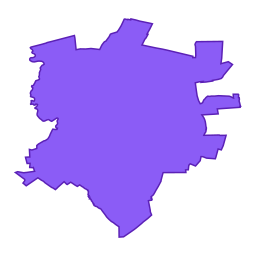 the district of Rēzekne, Rezekne, Latvia
{"feature_id": "27541924B24417466951729", "entity_name": "Rēzekne", "entity_type": "district", "adm_level": 2, "iso_a3": "LVA", "parent_name": "Latvia", "parent_adm1": "Rezekne", "projection": "equal_earth", "projection_center": [27.335, 56.508], "detail": "fine", "context": "isolated", "style": "filled", "palette": "violet", "viewbox_px": 256, "rotation_deg": 0, "n_neighbors": 0, "source": "geoboundaries", "source_scale": "gbopen_adm2", "svg_char_len": 5481}
<svg xmlns="http://www.w3.org/2000/svg" viewBox="0 0 256 256"><path d="M119.1,237.1L123.6,236.8L133.9,229.7L135.9,228.2L141.7,223.4L143.3,221.9L147.6,218.6L151.6,215.0L150.4,212.0L150.2,210.1L148.4,200.7L149.2,200.5L151.7,200.2L152.1,199.2L151.7,199.0L151.1,198.2L151.6,197.8L151.1,196.8L153.4,194.8L155.1,191.9L155.7,190.7L158.3,186.3L159.8,183.5L161.0,181.2L161.1,180.2L161.5,178.6L162.9,173.3L163.2,172.6L185.9,172.5L185.6,169.9L186.9,169.8L188.3,169.8L188.8,165.2L189.1,165.0L190.2,163.8L195.5,166.0L200.2,160.7L201.0,156.6L202.9,156.7L206.5,158.1L215.3,158.8L215.9,157.1L218.1,149.0L221.3,149.9L223.2,145.7L226.1,135.3L219.8,135.4L219.6,135.1L218.8,135.0L210.9,135.2L203.9,135.3L204.8,133.2L205.2,132.8L205.4,132.7L205.8,131.7L206.1,130.6L205.9,130.2L205.9,129.2L206.3,129.2L206.4,127.8L206.0,127.0L206.0,126.4L205.8,125.6L205.7,124.3L205.3,121.8L204.8,120.0L204.4,119.0L203.7,117.5L203.2,116.8L201.9,114.9L213.8,114.2L218.2,113.9L217.3,108.9L240.1,107.3L239.9,106.4L240.6,106.3L240.1,104.9L239.7,103.1L239.1,101.0L239.2,100.1L239.3,100.0L239.4,99.2L239.2,97.7L238.5,97.6L238.6,95.0L238.6,94.6L238.2,94.2L233.2,94.2L233.4,97.5L233.5,98.0L232.4,97.6L231.0,96.8L229.3,96.2L218.6,95.7L214.5,96.1L212.7,96.1L211.0,96.1L210.0,96.4L207.6,96.2L205.9,97.6L205.0,98.8L203.9,99.8L203.2,101.2L202.7,102.5L202.1,103.0L201.2,103.5L200.2,103.7L198.6,100.7L197.1,95.7L196.3,90.2L195.3,82.8L199.3,81.8L202.5,81.5L201.7,82.3L206.1,82.0L212.7,81.0L212.5,80.4L218.1,79.4L221.2,78.5L222.5,77.3L223.5,75.4L232.5,64.5L228.3,61.7L220.9,63.7L221.7,58.3L222.7,41.4L196.5,41.7L195.9,42.4L195.4,43.3L195.0,44.5L195.5,46.5L195.8,55.5L195.7,55.7L195.5,57.6L192.8,57.6L192.9,56.3L166.9,50.1L162.3,49.1L155.7,47.9L142.0,45.0L144.8,39.3L146.0,38.0L148.0,34.3L147.0,34.1L147.5,33.1L149.5,29.6L152.4,23.8L150.8,23.4L139.7,21.1L135.9,20.0L130.9,18.9L130.7,19.9L127.9,19.3L127.7,19.7L124.8,19.0L124.1,19.3L123.6,20.6L121.2,25.7L118.4,30.3L117.3,31.6L117.1,32.0L111.1,33.8L110.3,34.3L109.2,36.6L105.9,41.1L104.6,41.7L104.0,42.2L101.9,45.0L99.7,49.5L91.0,48.5L85.6,49.0L80.3,48.9L76.1,49.7L74.9,38.1L74.4,35.5L50.7,41.7L47.0,42.6L46.4,43.0L41.5,44.4L30.9,47.1L30.3,47.7L30.8,48.6L31.9,49.3L32.4,49.9L32.8,50.6L32.9,51.1L32.3,51.6L31.9,52.4L32.1,52.8L32.5,53.2L34.3,53.9L34.8,54.4L35.2,55.0L35.3,55.7L35.1,56.4L34.4,57.0L33.6,57.4L32.4,57.7L31.1,57.7L30.5,57.9L30.0,58.4L29.7,59.1L29.8,59.8L30.0,60.4L30.9,61.0L32.0,61.6L32.9,61.8L34.3,61.9L35.9,61.6L37.2,61.3L38.3,61.1L39.6,61.1L41.7,61.3L42.2,61.5L43.1,62.1L43.6,62.6L43.9,63.3L44.1,64.0L44.0,64.4L43.1,64.9L42.1,65.3L40.3,67.7L40.3,68.5L40.7,69.2L40.6,69.8L39.4,72.5L39.4,74.5L39.3,75.5L39.1,76.0L38.8,76.5L38.9,76.9L39.1,77.6L39.4,78.5L39.5,79.0L39.3,79.4L38.1,80.0L36.5,80.5L35.9,80.7L35.3,81.7L34.9,82.8L34.2,83.9L33.9,84.4L33.7,85.0L33.3,85.4L32.8,85.7L32.0,85.6L31.6,86.3L31.9,87.1L32.8,87.8L32.6,88.9L32.3,89.8L31.8,90.5L31.4,90.6L30.9,91.5L30.4,92.8L30.4,93.8L30.8,94.5L30.9,95.2L30.5,96.2L30.8,96.7L31.9,97.0L33.2,97.4L34.1,97.9L34.4,98.2L34.6,98.7L34.6,99.9L34.4,100.6L34.2,101.0L33.5,101.1L32.7,100.8L32.0,100.5L31.4,100.6L31.1,100.8L31.2,101.3L31.3,102.0L31.1,102.8L31.1,103.4L30.9,103.7L30.6,104.0L30.7,104.3L32.2,104.1L32.9,104.2L33.4,104.3L33.7,104.8L34.1,105.1L34.6,105.1L35.0,105.0L35.4,104.8L35.5,104.2L36.2,104.1L36.9,104.2L37.4,104.4L37.6,104.7L37.4,105.2L37.1,105.8L36.3,106.9L35.4,107.5L34.9,108.0L35.0,108.3L35.3,108.5L36.9,109.0L37.3,109.5L37.6,109.9L37.8,110.4L37.8,111.0L37.1,113.8L37.1,114.7L37.2,115.2L37.6,115.9L39.3,118.0L39.8,118.5L41.2,119.5L41.9,120.1L42.3,120.6L42.7,120.9L43.4,121.1L43.9,121.1L44.7,121.0L47.0,119.9L48.4,119.6L48.8,119.7L49.1,119.8L49.4,120.0L50.3,120.7L51.3,121.2L51.7,121.3L52.1,121.1L52.8,120.6L56.5,118.2L56.9,118.1L57.3,118.1L57.7,118.2L58.0,118.4L58.1,118.7L58.1,119.2L57.2,120.7L57.1,121.1L57.1,121.4L57.2,121.7L57.4,122.3L57.6,122.9L57.5,123.8L57.1,124.5L56.0,125.6L55.7,126.1L55.7,126.4L55.8,126.9L56.0,127.5L56.7,128.1L57.4,128.2L57.0,129.4L55.9,129.5L55.0,129.5L52.9,129.1L52.2,130.2L51.8,131.0L50.4,133.9L49.4,136.4L47.8,138.9L45.2,140.6L43.8,140.9L38.5,144.0L37.0,145.3L36.8,145.5L36.8,145.8L36.8,148.3L36.7,148.5L32.0,150.0L31.7,150.0L29.4,149.4L29.8,157.0L25.5,157.2L25.6,157.8L26.3,160.4L27.1,163.5L30.1,163.4L29.9,165.7L29.7,166.5L29.7,167.5L31.8,167.6L33.1,167.8L33.3,167.8L33.4,167.7L34.6,171.3L26.9,172.4L24.7,172.6L24.0,172.8L17.6,171.7L15.4,172.5L24.7,179.4L24.8,180.7L23.0,183.1L26.2,185.8L37.9,177.8L41.4,180.2L43.5,181.3L44.9,182.7L51.6,187.4L53.0,188.0L55.4,189.6L57.3,187.9L57.7,187.4L64.1,181.7L66.4,184.0L66.8,184.3L67.2,184.5L67.4,184.4L70.7,182.2L72.9,183.6L74.9,185.0L77.3,186.4L79.7,184.9L82.1,186.6L82.8,186.9L83.1,187.2L85.1,188.7L86.1,189.1L87.9,190.2L87.7,190.7L88.0,191.0L88.3,191.1L88.4,191.4L88.5,192.0L88.3,192.4L88.3,192.8L88.3,193.8L88.1,194.0L88.0,194.4L88.3,194.8L88.9,195.5L88.4,195.7L88.5,196.0L88.3,196.5L89.1,196.9L89.1,197.0L89.5,197.1L89.3,197.4L88.9,197.4L88.9,197.5L89.5,197.8L89.5,198.0L89.7,198.3L90.1,198.3L90.1,198.7L90.2,198.9L90.0,199.0L90.6,199.2L91.0,199.4L91.2,200.2L91.5,200.5L91.4,200.8L92.1,201.5L92.4,202.0L92.7,202.4L92.8,202.8L93.0,203.2L93.5,203.5L93.3,203.8L93.5,204.3L93.8,204.4L93.8,204.8L93.9,205.1L94.2,205.1L94.3,205.6L94.8,205.8L95.0,206.0L95.5,206.3L96.1,206.4L97.2,206.8L97.7,207.2L97.8,207.4L99.5,208.5L100.1,208.5L100.7,208.9L101.2,209.4L102.3,211.0L104.9,214.4L106.0,216.0L106.7,217.0L108.8,219.2L111.4,221.5L113.2,222.5L115.7,224.5L118.2,226.2L119.0,226.8L119.1,237.1Z" fill="#8b5cf6" stroke="#5b21b6" stroke-width="1.5"/></svg>